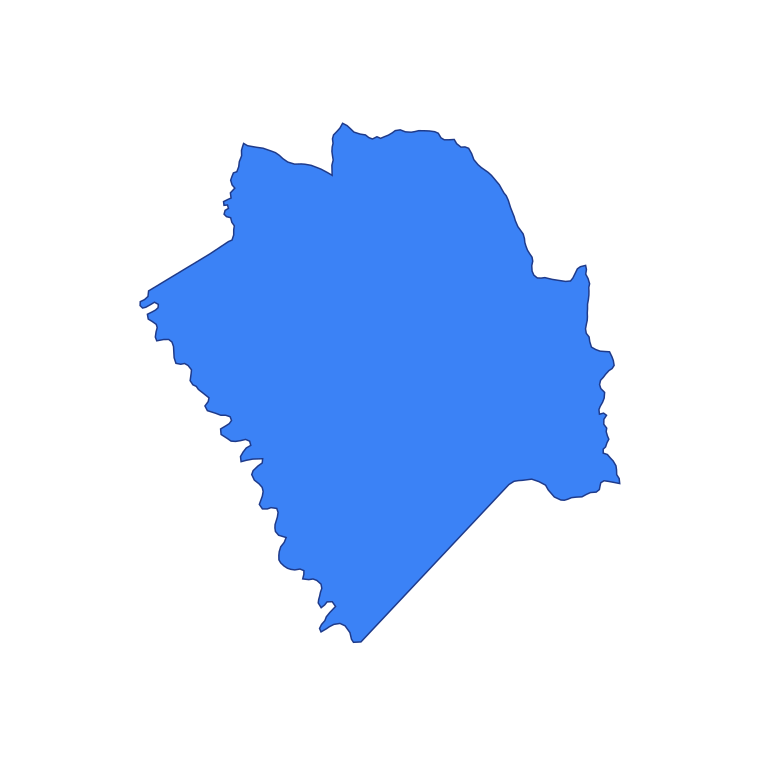 outline of Denise, Mato Grosso, Brazil, rotated 115°
{"feature_id": "56859067B19812076642254", "entity_name": "Denise", "entity_type": "district", "adm_level": 2, "iso_a3": "BRA", "parent_name": "Brazil", "parent_adm1": "Mato Grosso", "projection": "orthographic", "projection_center": [-56.967, -14.723], "detail": "fine", "context": "isolated", "style": "filled", "palette": "blue", "viewbox_px": 768, "rotation_deg": 115, "n_neighbors": 0, "source": "geoboundaries", "source_scale": "gbopen_adm2", "svg_char_len": 4251}
<svg xmlns="http://www.w3.org/2000/svg" viewBox="0 0 768 768"><g transform="rotate(115 384 384)"><path d="M627.5,295.9L422.3,228.3L417.2,225.0L414.7,221.3L412.9,218.0L407.8,209.9L407.0,202.3L407.4,194.8L410.6,190.4L414.4,181.9L414.4,174.7L413.1,171.4L410.7,168.7L407.8,166.1L405.3,162.0L402.6,156.9L398.5,153.9L395.1,151.0L392.3,146.0L388.7,144.2L385.1,145.1L381.9,145.8L378.7,143.7L377.4,139.4L375.8,133.2L374.6,128.3L370.3,130.9L367.8,134.8L363.5,137.0L360.1,139.2L356.9,143.8L355.3,147.8L353.5,151.7L354.0,156.1L350.4,157.8L347.4,156.6L342.9,157.1L339.0,156.9L336.7,159.5L333.3,162.5L329.9,163.5L327.6,167.8L323.1,169.8L318.3,169.1L317.6,172.7L320.3,176.0L316.3,178.4L313.0,178.6L308.1,178.2L303.7,178.5L298.4,180.5L296.5,185.6L293.4,188.4L289.1,189.3L285.0,188.0L281.6,187.3L276.8,185.8L273.6,183.8L269.9,183.3L265.8,186.1L263.1,188.8L259.5,193.2L261.3,197.8L262.9,202.0L263.3,206.7L262.9,211.6L258.7,215.4L254.7,218.0L252.6,222.1L248.8,224.7L243.7,226.0L240.5,226.7L237.2,228.0L233.7,229.8L229.9,231.3L225.6,233.3L221.3,234.4L216.8,235.9L213.2,237.5L210.0,239.2L206.3,240.0L202.2,243.6L199.2,247.6L194.7,248.9L191.3,251.4L194.7,255.6L197.9,257.4L208.1,257.6L211.8,258.5L214.3,262.8L216.4,269.9L218.1,275.8L219.6,283.2L221.6,286.3L223.1,289.9L222.0,294.2L219.1,297.5L214.3,300.1L209.8,301.1L206.5,303.4L204.2,307.3L202.1,310.5L198.9,313.8L196.2,316.2L192.8,318.2L189.2,321.3L187.3,324.7L184.8,329.2L180.4,334.1L177.3,336.8L170.7,343.8L165.1,348.9L161.8,352.7L160.2,356.0L157.8,359.4L154.7,363.7L152.6,368.2L149.5,374.8L148.2,379.0L146.7,387.4L145.5,391.5L142.7,397.4L138.2,401.9L134.6,406.9L134.9,410.8L136.8,414.3L135.5,419.7L132.7,423.7L135.2,428.3L137.2,432.6L136.8,436.4L133.8,440.8L133.9,444.7L135.5,449.8L137.4,454.4L139.8,459.7L142.2,462.7L144.3,465.7L146.4,471.1L146.8,476.7L149.6,480.9L152.8,482.6L156.6,485.2L160.2,488.6L162.8,490.9L162.9,494.9L166.8,498.0L167.1,501.9L166.1,506.1L167.6,511.3L168.4,517.7L166.8,522.3L165.4,526.7L165.2,531.7L170.7,532.1L175.3,533.5L179.6,535.0L183.6,534.3L187.4,531.9L191.2,531.1L195.2,529.5L198.5,527.4L202.5,524.7L207.7,523.7L216.8,519.2L216.3,524.3L215.9,531.8L216.1,535.4L216.6,542.4L218.2,548.4L219.5,551.9L222.5,557.9L223.5,565.0L222.5,570.9L221.0,575.5L220.2,580.1L220.5,584.3L220.9,588.1L221.4,593.2L223.4,599.8L224.4,603.5L225.7,608.4L225.3,612.9L228.7,612.5L232.5,611.9L237.3,609.5L243.6,609.1L248.5,607.5L253.8,607.1L256.3,609.7L260.2,609.5L264.1,609.1L267.8,605.8L269.5,602.0L275.7,604.0L280.1,601.2L282.6,603.4L286.5,606.5L289.7,604.5L287.9,601.5L290.6,599.2L293.8,601.4L297.7,600.7L298.9,597.5L298.1,593.3L301.8,590.2L303.9,586.5L307.7,585.4L312.5,583.2L317.8,582.6L320.7,585.2L339.7,596.8L399.1,636.7L404.4,634.9L408.7,636.7L412.4,639.7L416.0,638.2L417.2,634.9L415.1,632.3L410.2,628.8L406.9,626.6L407.2,622.2L410.3,621.0L413.5,622.3L416.5,624.5L420.8,627.9L424.8,625.1L425.3,620.5L426.2,615.6L428.7,613.4L433.1,612.6L438.1,611.1L440.9,608.2L436.8,602.5L434.6,597.9L435.6,593.9L439.0,590.6L448.9,585.3L453.2,581.3L452.0,576.6L449.7,573.4L450.0,569.4L452.5,564.5L455.8,563.3L462.9,561.1L465.5,556.9L465.5,553.1L467.4,549.9L468.7,544.2L470.5,536.8L474.2,535.9L479.6,537.0L482.8,532.8L481.7,524.3L481.3,518.8L479.2,514.2L478.7,509.6L481.5,506.8L485.3,507.5L488.5,509.5L493.8,513.1L498.6,510.3L499.6,502.9L500.4,498.5L498.8,494.3L495.9,490.0L492.7,486.0L492.6,481.6L495.9,478.8L500.2,481.8L505.0,482.9L510.4,483.4L514.8,480.7L511.3,476.5L507.5,471.2L503.0,462.4L507.0,461.0L511.6,463.6L517.8,466.0L522.0,465.6L525.9,460.9L527.3,455.0L529.2,450.7L532.5,448.1L537.0,446.9L545.8,446.1L548.6,441.4L546.5,436.9L543.8,434.2L542.1,428.6L545.2,425.7L549.7,424.4L557.5,423.3L560.6,422.0L563.6,420.0L565.6,415.6L564.5,407.8L569.7,407.5L575.2,408.8L580.2,408.1L583.7,406.9L587.8,404.9L589.8,402.0L591.2,397.8L591.8,393.7L591.4,390.2L590.2,386.3L587.2,381.9L587.0,377.7L590.4,376.2L595.0,375.3L593.1,369.5L590.7,365.9L590.4,361.9L592.0,356.5L595.5,354.0L599.5,353.6L603.4,352.7L607.0,352.1L610.2,351.1L613.3,346.4L609.3,344.4L605.5,343.5L603.2,338.9L606.1,333.9L613.8,336.5L619.3,337.9L623.5,337.6L628.3,339.0L632.8,339.1L635.3,336.3L630.1,332.7L627.0,330.9L623.0,327.8L619.6,322.7L619.6,317.1L623.7,309.8L629.1,305.6L631.0,302.5L627.5,295.9Z" fill="#3b82f6" stroke="#1e3a8a" stroke-width="1.5"/></g></svg>